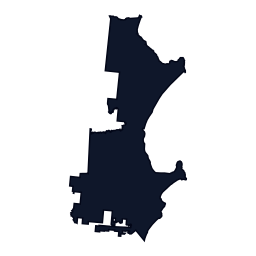 Hope Vale, Queensland, Australia (Albers equal-area conic projection)
{"feature_id": "25037944B25466476596436", "entity_name": "Hope Vale", "entity_type": "district", "adm_level": 2, "iso_a3": "AUS", "parent_name": "Australia", "parent_adm1": "Queensland", "projection": "albers", "projection_center": [145.212, -15.137], "detail": "fine", "context": "isolated", "style": "filled", "palette": "ink", "viewbox_px": 256, "rotation_deg": 0, "n_neighbors": 0, "source": "geoboundaries", "source_scale": "gbopen_adm2", "svg_char_len": 5882}
<svg xmlns="http://www.w3.org/2000/svg" viewBox="0 0 256 256"><path d="M144.3,240.6L144.7,238.7L145.5,236.4L146.5,233.9L147.3,232.6L147.6,230.7L149.0,228.6L152.3,224.3L155.9,220.5L157.8,218.7L158.3,218.4L159.8,218.2L161.4,216.7L161.8,215.9L161.7,214.8L161.4,214.6L161.7,213.7L160.9,212.0L160.8,211.4L162.8,208.2L164.4,206.5L164.8,205.7L164.8,204.3L165.3,204.1L165.3,203.5L165.0,203.1L164.2,202.9L162.2,201.5L161.8,200.9L161.4,200.7L161.1,199.0L160.4,199.0L160.2,198.7L160.1,196.8L161.2,194.0L162.6,192.0L170.8,184.4L171.5,184.1L173.3,182.6L177.2,180.0L178.9,179.2L180.8,178.7L181.4,179.0L181.2,179.3L181.6,179.7L183.8,179.2L185.3,179.8L186.2,179.6L186.3,178.4L185.3,177.6L185.1,177.0L185.2,174.8L184.7,172.6L184.0,171.9L183.8,171.0L182.8,170.0L182.4,169.9L181.5,168.4L181.9,167.4L181.6,166.5L182.0,164.9L181.9,163.4L181.3,161.9L180.7,161.7L180.0,161.0L178.0,161.7L177.3,162.6L176.4,165.2L176.8,166.8L176.6,167.8L176.1,168.7L176.3,169.1L175.8,169.7L175.6,169.7L175.2,170.5L174.3,171.7L173.3,172.2L172.2,172.4L171.7,173.0L170.6,173.2L170.1,173.7L169.5,173.7L164.8,173.1L161.3,173.1L155.6,172.8L154.3,171.7L152.6,169.6L151.8,168.4L150.5,164.8L150.1,163.4L150.2,162.3L149.8,161.2L148.2,158.5L147.7,155.6L145.1,152.3L144.5,150.6L144.3,149.0L144.6,143.9L144.1,143.6L144.2,143.2L143.6,142.8L143.1,139.9L143.4,138.2L144.4,136.3L144.8,133.8L144.4,132.0L142.8,130.3L142.5,129.4L142.5,128.8L142.9,128.4L143.3,128.8L144.0,128.7L145.5,123.7L147.1,119.8L149.1,116.4L152.0,112.3L152.9,109.1L154.3,106.6L159.0,98.4L162.1,93.7L170.2,84.5L182.9,72.1L184.1,71.3L185.1,72.3L185.5,73.1L184.8,71.6L185.3,71.5L185.3,70.6L184.3,68.5L184.3,67.9L184.0,67.6L183.4,66.3L183.9,66.3L183.8,65.9L184.3,65.0L183.9,64.1L184.3,63.9L184.4,61.9L184.1,61.6L184.5,60.4L183.9,59.6L183.6,58.5L183.0,57.7L180.4,57.7L179.8,58.3L179.5,59.0L178.2,60.1L178.1,61.0L177.5,61.5L176.1,61.8L174.8,61.7L173.7,61.4L172.8,60.8L171.2,60.5L170.6,61.2L169.9,61.4L170.0,61.7L169.6,63.1L168.6,64.1L167.3,63.8L167.1,63.9L166.5,63.9L165.2,64.3L163.7,63.8L162.5,63.7L160.2,61.6L159.3,61.1L158.2,58.8L157.7,57.1L156.8,56.2L156.5,54.9L155.6,53.9L153.8,52.5L153.5,50.9L152.9,50.7L152.7,50.2L151.9,50.1L151.3,49.3L149.1,47.6L148.7,47.1L147.3,46.2L146.4,45.0L146.3,44.6L146.1,44.3L145.5,44.2L146.1,43.5L145.7,41.6L143.1,40.3L142.9,39.7L142.5,39.4L141.5,37.9L141.0,37.3L140.9,37.6L140.4,37.5L138.6,35.3L137.9,34.8L137.7,34.0L137.4,33.9L137.9,33.7L137.3,32.3L137.1,29.5L138.2,25.2L139.8,20.5L141.1,17.1L141.6,17.0L141.3,16.0L140.2,15.8L139.6,15.4L138.7,17.6L137.6,18.0L129.9,18.5L128.8,17.9L126.8,18.1L125.7,18.8L125.8,19.3L125.4,19.6L123.7,20.0L121.4,19.7L121.1,19.9L121.0,19.6L118.8,18.9L118.7,19.3L118.5,19.2L117.3,17.5L116.1,16.9L115.6,16.9L114.7,17.2L113.4,16.3L112.0,16.3L111.0,16.2L110.9,16.3L110.1,15.9L109.5,16.0L110.8,18.7L105.3,70.7L119.6,72.2L116.8,99.4L108.0,98.6L107.6,103.3L107.7,104.2L108.5,105.6L109.0,110.0L109.0,111.8L108.7,112.0L109.0,112.5L109.9,112.6L109.6,112.9L109.9,113.3L110.4,113.2L110.7,113.6L111.1,113.5L111.3,113.1L111.0,113.1L110.9,113.0L111.8,112.5L111.6,112.1L112.2,111.9L112.9,112.2L113.0,112.0L112.9,111.8L113.2,111.4L112.9,110.4L113.6,109.9L113.3,109.5L113.4,109.1L114.0,108.7L114.2,109.0L114.8,108.3L115.4,108.3L116.0,107.7L116.8,107.6L117.0,107.8L116.8,108.4L117.1,108.2L117.3,108.5L117.7,108.3L118.3,109.0L117.2,120.9L124.7,121.6L124.8,122.9L125.8,122.9L126.1,123.7L125.5,124.1L125.5,124.6L125.1,125.0L124.1,125.1L123.1,125.7L122.2,125.7L122.3,126.3L122.7,126.5L122.6,126.8L122.7,127.3L122.4,127.6L122.1,128.2L122.5,129.5L122.0,129.9L121.1,129.9L120.7,130.8L120.0,130.4L119.8,129.5L119.4,130.0L119.1,129.8L116.8,129.8L114.9,130.7L114.0,130.4L113.0,130.9L111.7,130.5L111.5,130.8L111.8,131.2L110.8,131.7L110.9,132.1L110.6,132.3L109.8,131.7L109.9,130.9L109.2,130.8L109.0,130.5L108.4,130.5L107.7,131.4L107.2,131.3L106.9,130.8L106.6,130.8L105.7,132.0L105.6,132.3L105.8,132.9L105.4,133.4L104.1,132.7L104.1,132.0L103.2,132.0L102.9,132.4L101.6,132.4L101.4,133.0L101.0,132.9L100.1,132.1L99.0,133.1L98.8,132.7L98.3,132.4L97.9,132.8L97.2,132.6L96.7,133.1L94.9,132.2L94.5,132.5L93.6,132.5L93.3,133.1L93.0,132.9L92.9,132.5L92.5,132.3L92.3,132.4L92.0,133.6L91.2,133.8L90.9,133.1L90.9,131.8L90.6,130.9L91.2,130.1L91.3,129.2L91.1,129.0L90.2,128.9L88.1,173.2L87.8,172.9L87.0,173.5L80.3,173.6L79.9,177.5L70.6,176.5L69.7,185.9L73.0,186.3L72.5,191.2L73.6,191.3L73.4,193.2L73.8,193.3L74.0,191.6L81.3,192.3L80.2,204.1L74.2,203.5L73.7,208.5L73.3,208.7L72.6,210.1L71.9,210.6L72.7,211.3L72.7,211.8L71.1,212.6L71.5,213.0L71.5,213.7L70.8,214.0L71.2,215.1L71.2,215.9L72.1,216.1L73.6,217.9L73.9,218.6L73.2,219.8L73.7,220.3L74.5,222.0L75.0,222.7L76.2,222.7L77.0,223.2L77.5,217.5L82.7,218.0L82.3,223.6L88.2,224.1L88.4,221.5L102.4,222.7L103.5,210.0L112.4,210.8L111.2,224.3L111.9,225.1L113.3,225.2L113.2,226.6L99.1,225.4L99.1,226.1L95.8,225.8L95.3,231.4L99.6,231.8L99.6,230.7L104.3,231.1L104.4,230.7L108.6,231.0L108.7,229.7L114.7,230.2L114.6,231.1L118.9,231.5L118.5,236.0L120.7,236.2L120.9,233.8L124.4,234.1L125.2,233.3L122.4,233.1L122.5,230.9L126.0,231.2L126.4,230.7L129.5,230.8L129.7,231.0L129.6,231.6L129.1,231.7L129.1,231.1L128.4,231.2L128.2,231.4L128.4,232.1L127.9,232.3L128.1,232.6L128.2,233.1L129.4,233.3L129.8,233.9L131.4,233.8L135.8,230.2L144.3,240.6ZM120.4,222.4L120.6,223.0L121.1,222.7L121.4,222.9L121.7,222.6L122.1,222.6L122.4,218.8L126.6,219.2L126.2,224.6L126.7,224.9L127.2,224.6L128.0,225.1L128.2,224.9L128.4,225.0L128.7,225.2L128.8,225.7L129.1,225.4L129.1,225.0L129.8,224.9L130.2,224.3L130.7,224.2L131.2,224.4L131.3,224.7L131.1,225.3L130.5,225.2L130.4,225.9L131.1,225.9L130.7,226.8L130.8,227.5L130.6,227.7L130.3,227.5L114.6,226.8L115.1,222.0L114.6,222.2L114.2,222.1L113.9,222.4L113.5,222.0L113.7,221.4L113.0,220.8L113.2,218.1L115.5,218.3L115.2,221.5L115.7,222.3L116.2,222.4L116.2,221.3L116.5,221.5L117.2,221.6L117.6,221.9L119.1,221.3L119.7,222.0L119.7,222.6L120.4,222.4Z" fill="#0f172a" stroke="#020617" stroke-width="1.5"/></svg>